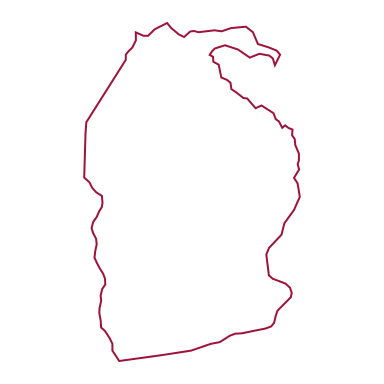 Glorinha, Rio Grande do Sul, Brazil (Robinson projection)
{"feature_id": "56859067B49954070433936", "entity_name": "Glorinha", "entity_type": "district", "adm_level": 2, "iso_a3": "BRA", "parent_name": "Brazil", "parent_adm1": "Rio Grande do Sul", "projection": "robinson", "projection_center": [-50.759, -29.883], "detail": "fine", "context": "isolated", "style": "outline", "palette": "rose", "viewbox_px": 384, "rotation_deg": 0, "n_neighbors": 0, "source": "geoboundaries", "source_scale": "gbopen_adm2", "svg_char_len": 1621}
<svg xmlns="http://www.w3.org/2000/svg" viewBox="0 0 384 384"><path d="M276.7,50.6L268.7,47.4L257.9,44.0L252.9,32.2L245.9,26.7L231.0,28.1L221.6,31.3L214.5,30.3L198.6,32.2L193.9,31.0L190.2,31.5L184.1,37.0L178.9,34.5L171.0,27.8L167.1,23.0L154.7,29.3L148.1,35.8L143.5,35.8L135.8,32.4L135.9,40.3L132.3,47.6L128.3,51.5L125.8,54.7L125.8,59.8L86.3,122.3L85.5,133.8L84.2,177.6L89.4,182.2L92.1,187.7L96.2,192.3L101.9,195.9L102.5,202.9L101.8,207.1L99.1,211.4L96.8,216.8L93.1,222.1L91.6,228.2L93.1,233.0L96.1,238.8L96.7,244.4L95.2,251.3L94.5,257.8L97.0,263.1L99.8,268.5L103.2,273.8L105.0,278.8L105.3,284.5L102.2,289.0L100.6,295.6L101.2,300.7L99.5,308.4L99.3,313.0L100.7,320.8L101.1,327.5L104.7,330.7L106.9,333.9L109.6,338.2L112.4,343.7L112.4,350.6L119.2,361.0L125.6,360.1L161.9,355.1L191.1,350.6L210.6,343.9L219.8,342.1L229.7,335.8L235.1,333.7L242.0,333.3L252.1,331.2L265.6,328.5L271.2,326.4L274.1,322.8L275.7,315.9L277.5,310.7L287.0,301.1L290.9,297.1L291.7,292.9L290.0,287.7L285.5,283.6L272.8,278.8L268.9,275.4L266.3,254.5L269.1,247.8L281.5,234.7L284.4,223.2L294.0,210.0L297.9,201.1L299.8,196.9L298.3,187.7L297.5,183.2L294.0,177.9L299.1,169.5L297.7,164.3L298.9,160.3L298.9,153.6L295.3,145.1L294.7,139.0L292.1,135.3L292.5,129.6L288.6,128.0L285.1,125.4L282.2,127.8L279.0,121.5L275.7,119.1L273.5,113.2L261.5,105.5L255.6,108.2L247.2,98.5L243.4,98.0L236.1,92.3L231.4,89.2L230.5,82.8L227.2,80.0L221.3,77.5L218.7,64.7L213.4,61.8L213.0,56.8L209.7,54.9L212.1,51.3L214.8,48.5L225.0,45.3L234.3,48.3L238.0,49.5L249.8,57.6L259.4,53.8L269.3,55.6L272.8,58.4L274.9,65.2L280.1,54.7L276.7,50.6Z" fill="none" stroke="#9f1239" stroke-width="2"/></svg>